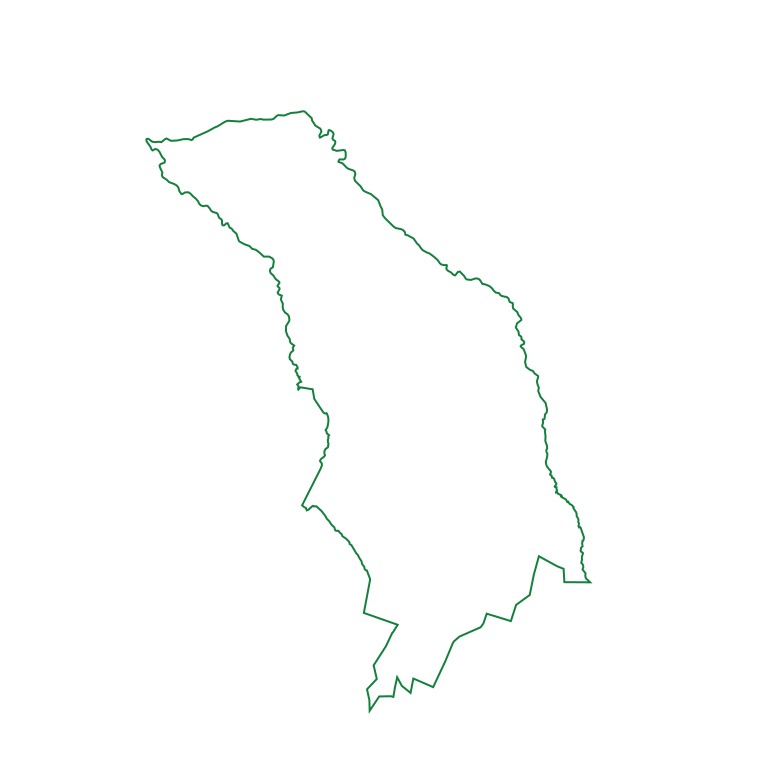 Mangwe, Matabeleland South, Zimbabwe, rotated 162°
{"feature_id": "62879985B72758591248620", "entity_name": "Mangwe", "entity_type": "district", "adm_level": 2, "iso_a3": "ZWE", "parent_name": "Zimbabwe", "parent_adm1": "Matabeleland South", "projection": "natural_earth1", "projection_center": [28.025, -21.012], "detail": "fine", "context": "isolated", "style": "outline", "palette": "green", "viewbox_px": 768, "rotation_deg": 162, "n_neighbors": 0, "source": "geoboundaries", "source_scale": "gbopen_adm2", "svg_char_len": 6155}
<svg xmlns="http://www.w3.org/2000/svg" viewBox="0 0 768 768"><g transform="rotate(162 384 384)"><path d="M336.6,119.3L326.6,133.1L310.6,138.3L300.4,156.4L289.9,172.3L275.8,157.3L270.3,152.7L273.7,139.8L249.3,131.7L252.1,136.9L251.8,139.5L250.8,141.7L252.5,146.2L251.0,148.3L250.7,149.6L250.8,151.2L251.7,153.0L250.0,155.6L249.3,158.3L247.1,161.5L247.1,162.1L248.3,163.5L248.6,164.6L247.8,165.8L247.4,167.2L245.3,168.3L244.8,171.3L243.9,172.6L243.9,173.3L242.6,173.7L241.2,176.4L241.4,186.4L241.8,187.4L242.8,187.3L243.0,188.6L241.7,190.9L241.9,192.7L241.0,194.6L241.0,196.3L241.6,198.8L241.0,200.7L240.9,202.7L242.2,207.1L242.1,208.1L241.7,208.4L243.0,211.1L244.4,212.4L245.3,215.3L246.1,215.1L246.7,218.0L250.4,222.1L250.4,222.5L249.6,222.6L249.8,223.5L252.5,225.9L252.6,227.2L254.0,227.6L253.8,228.2L252.3,229.2L252.4,230.9L251.8,232.4L253.2,233.2L253.3,233.8L251.1,235.4L250.8,236.5L251.5,237.9L251.6,241.3L252.2,242.6L253.0,242.7L253.2,243.5L252.9,245.1L254.0,246.4L253.7,247.2L252.8,247.9L252.3,249.4L253.7,252.9L254.6,255.6L254.6,256.9L254.2,259.9L251.3,264.4L250.2,267.1L250.5,268.9L250.1,271.0L248.7,272.3L248.1,275.1L248.2,279.9L246.4,284.8L245.6,289.4L244.8,290.5L244.9,291.3L246.5,294.5L246.4,295.6L244.7,297.8L243.9,301.2L242.8,301.0L242.0,301.4L240.4,305.1L237.9,306.9L236.8,309.3L236.2,316.0L239.1,323.4L239.5,329.8L237.9,332.5L238.1,336.3L237.8,339.2L235.1,343.2L235.0,344.0L237.5,347.5L238.3,350.3L241.0,352.6L243.4,356.2L243.1,361.2L240.4,366.1L240.1,368.1L240.5,374.3L241.9,376.2L242.4,377.7L241.5,378.4L238.5,378.9L237.7,380.6L237.9,381.6L239.5,383.9L239.0,385.1L238.9,386.7L240.5,388.9L239.9,392.3L241.2,396.9L238.8,400.5L233.7,402.4L233.3,403.3L233.5,404.9L234.8,408.0L235.0,411.2L237.8,415.8L237.4,418.7L236.6,420.2L236.7,421.2L239.1,423.2L239.2,426.8L240.0,428.3L241.0,429.3L241.9,429.5L245.0,431.5L245.9,432.8L246.5,434.8L249.5,436.5L250.8,438.9L251.6,441.4L253.4,444.5L257.3,447.7L259.4,448.7L260.7,453.4L261.7,454.9L264.1,456.1L269.1,456.1L272.9,457.8L273.7,458.8L274.4,462.0L277.1,467.5L279.2,467.7L282.6,465.3L284.0,466.1L286.3,470.1L287.7,471.3L288.9,473.3L289.0,474.8L287.7,476.8L287.7,477.8L290.3,478.5L292.7,480.1L293.6,481.6L294.6,485.2L297.2,489.6L300.3,494.0L302.8,496.0L305.8,499.3L306.8,501.5L307.8,505.0L309.2,507.5L310.9,513.2L315.5,518.1L317.5,519.3L317.2,522.1L318.1,524.2L319.8,525.9L324.5,528.6L326.0,530.3L331.7,541.2L333.0,544.9L331.8,550.5L332.4,554.4L332.7,560.6L337.7,568.6L342.0,572.3L343.9,574.4L345.2,579.3L348.7,586.0L348.8,588.4L348.4,589.6L346.3,592.6L346.2,595.1L347.5,596.8L351.2,599.5L352.6,601.2L355.3,606.8L358.6,609.2L358.6,609.6L357.6,610.9L356.7,611.3L353.0,610.0L351.2,610.5L350.0,612.4L348.9,616.2L349.0,618.3L350.3,619.1L356.8,620.3L360.4,622.8L360.3,624.4L357.0,626.9L355.7,628.5L355.4,630.2L356.9,632.0L357.2,633.5L354.8,637.0L354.7,638.2L354.9,639.3L356.5,641.6L357.8,642.5L358.4,642.2L360.4,638.7L361.8,638.6L363.7,639.1L368.7,638.1L368.9,639.4L368.6,640.4L365.6,643.3L365.4,645.0L365.7,646.6L369.4,650.9L371.0,657.0L370.6,659.1L375.2,667.6L377.0,668.5L382.4,669.0L388.7,670.5L396.0,670.2L401.5,672.4L403.3,672.1L407.0,670.3L409.3,670.3L417.0,672.7L419.4,674.1L423.9,674.8L428.5,677.3L439.8,678.1L451.1,682.6L454.0,682.6L462.7,680.5L465.7,680.3L473.4,678.8L488.9,677.1L490.3,675.8L491.6,675.4L494.2,677.3L498.8,678.8L505.5,679.5L511.4,681.1L515.0,684.7L516.4,684.6L521.0,682.8L523.3,684.0L526.8,684.7L529.5,686.0L532.4,690.1L534.2,690.3L534.7,689.3L534.7,687.7L532.9,682.0L532.5,678.5L531.8,677.6L528.7,678.2L526.8,676.6L525.8,674.2L524.9,668.6L523.3,665.3L523.4,663.9L524.3,662.4L528.6,662.2L530.0,661.1L530.1,659.0L529.4,653.6L530.7,651.4L530.6,649.2L527.7,645.6L526.0,642.4L521.8,639.1L520.0,637.1L518.9,634.7L519.0,630.6L518.1,627.6L517.2,626.9L514.0,627.7L510.7,626.7L509.1,624.7L507.8,621.7L505.5,618.1L504.3,615.0L504.2,613.0L503.1,610.6L501.1,609.0L498.7,608.7L496.8,608.0L495.6,605.2L494.9,602.3L493.8,600.7L490.1,598.1L489.6,596.8L489.5,593.0L488.2,591.5L487.5,589.7L488.5,586.7L488.5,584.8L487.0,584.3L484.3,585.5L483.0,585.2L482.5,580.5L480.8,578.7L480.1,576.3L477.9,572.5L477.8,565.3L477.5,564.2L473.5,560.0L469.3,556.8L467.7,553.4L464.4,551.2L462.2,548.1L458.9,542.3L453.8,540.6L451.5,538.1L450.8,536.4L450.9,534.6L453.6,529.4L456.0,528.8L457.2,527.6L457.6,526.0L457.5,524.4L455.7,521.4L454.6,517.3L452.1,513.6L452.2,512.4L454.8,510.5L454.9,509.7L453.8,507.7L453.9,506.7L456.9,503.7L456.7,502.4L456.2,501.5L453.9,499.6L455.7,496.7L455.9,495.8L455.4,491.5L456.5,488.9L456.9,485.7L456.1,482.7L454.3,480.3L453.5,477.9L454.1,474.3L454.8,473.1L459.2,469.4L460.9,464.7L460.9,459.8L459.8,456.3L460.3,452.6L459.7,451.2L457.5,448.3L459.5,446.7L459.9,443.9L462.8,442.7L464.4,441.0L465.8,438.3L465.6,437.6L465.9,436.7L464.3,433.8L464.4,431.4L463.7,430.3L461.6,429.3L461.0,426.4L461.4,425.3L462.5,425.6L464.1,423.9L463.3,420.4L463.7,419.0L463.0,418.0L463.1,417.0L462.1,416.8L462.9,415.3L462.1,411.7L464.0,411.6L466.7,410.4L466.0,408.4L467.3,405.5L467.2,405.1L464.6,406.7L453.5,401.0L454.9,391.3L450.5,375.7L449.5,374.5L448.6,373.9L447.7,374.0L447.5,373.5L447.3,370.3L447.7,368.0L448.6,365.1L451.3,360.2L453.8,358.2L453.4,356.6L453.6,354.6L452.0,352.3L453.2,351.4L453.8,349.2L454.5,348.5L455.3,346.1L455.3,344.1L456.2,342.8L456.2,342.0L457.1,341.0L459.7,340.3L461.4,338.5L462.2,336.4L462.1,334.5L463.4,333.4L467.4,332.0L468.7,330.6L467.7,327.7L468.2,325.8L470.3,323.2L499.4,293.9L497.9,291.5L496.6,290.2L496.5,287.7L494.7,287.8L489.8,290.0L489.0,290.0L488.4,289.1L486.5,288.8L485.9,288.2L482.6,282.4L480.4,276.1L480.1,273.7L478.6,270.7L477.4,266.4L475.5,263.0L475.7,260.4L474.9,259.2L472.6,258.4L472.2,256.8L470.7,254.3L470.5,251.9L467.9,248.7L465.8,244.5L466.1,242.4L464.7,240.7L462.7,231.5L461.8,229.9L461.0,225.2L460.2,222.7L460.4,219.4L459.3,216.3L459.6,214.0L459.0,212.6L457.9,211.9L457.5,202.5L473.9,172.5L445.4,150.8L451.9,145.3L453.1,144.7L463.1,134.1L480.8,119.6L482.0,105.7L494.5,98.9L495.6,87.8L498.6,77.7L485.1,88.3L474.1,85.0L471.8,83.5L467.1,92.5L462.1,101.0L460.3,91.4L454.2,82.0L447.1,94.8L430.9,80.5L410.9,101.9L398.6,116.3L396.9,117.7L390.5,120.4L389.1,120.6L367.2,122.8L363.5,125.5L357.3,133.8L336.6,119.3Z" fill="none" stroke="#15803d" stroke-width="2"/></g></svg>